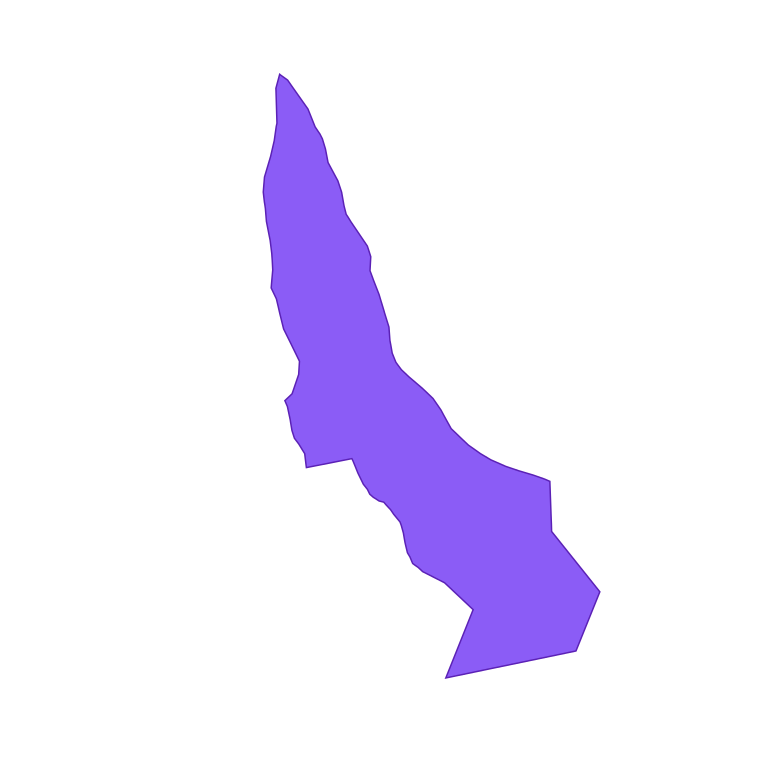 Au Tabor Hill, Anse-la-Raye, Saint Lucia, rotated 244°
{"feature_id": "8701671B64289292392873", "entity_name": "Au Tabor Hill", "entity_type": "district", "adm_level": 2, "iso_a3": "LCA", "parent_name": "Saint Lucia", "parent_adm1": "Anse-la-Raye", "projection": "natural_earth1", "projection_center": [-61.035, 13.945], "detail": "fine", "context": "isolated", "style": "filled", "palette": "violet", "viewbox_px": 768, "rotation_deg": 244, "n_neighbors": 0, "source": "geoboundaries", "source_scale": "gbopen_adm2", "svg_char_len": 1980}
<svg xmlns="http://www.w3.org/2000/svg" viewBox="0 0 768 768"><g transform="rotate(244 384 384)"><path d="M708.1,426.0L697.2,416.5L668.4,403.5L665.3,402.1L662.8,400.1L650.8,392.0L638.2,381.8L622.4,367.3L611.6,360.9L609.4,359.6L599.8,356.2L597.7,355.6L593.7,354.3L581.7,349.6L567.5,345.8L562.9,344.6L550.4,340.3L547.0,338.9L544.0,337.7L535.3,334.0L526.5,328.7L519.8,324.7L507.7,324.6L499.7,322.8L493.3,321.3L477.5,317.9L461.7,318.0L457.3,318.0L441.5,318.0L433.9,313.7L430.0,311.5L418.5,300.1L415.5,297.1L414.1,292.7L412.5,287.6L406.1,287.3L392.9,284.0L390.0,283.1L382.6,280.9L374.5,279.7L367.3,281.1L361.1,281.7L356.2,282.2L344.7,278.2L342.9,277.6L332.6,316.4L331.0,322.4L328.6,322.4L322.3,322.0L315.4,321.5L302.9,321.5L296.6,322.9L291.2,322.9L288.1,324.2L286.9,324.7L284.7,326.1L281.0,328.3L277.9,332.0L274.4,332.9L270.1,334.2L268.6,334.7L267.0,335.0L262.7,335.6L253.0,337.9L250.9,337.7L249.1,337.5L241.6,336.1L235.1,334.2L232.3,333.4L230.2,332.9L222.1,331.1L220.5,331.2L217.1,331.5L212.3,331.2L210.1,331.1L207.2,332.6L204.2,334.3L198.4,336.5L186.5,345.5L178.8,351.3L142.1,365.2L92.7,310.7L82.4,351.2L59.9,439.5L102.6,486.9L127.2,481.4L178.0,470.0L184.8,473.1L189.4,475.1L222.9,490.0L223.8,490.4L228.0,486.8L236.8,478.1L247.0,467.0L256.6,457.3L269.0,446.8L277.1,441.5L279.4,440.0L283.3,437.9L292.0,433.1L300.8,429.8L304.6,428.4L313.6,425.1L314.4,424.8L323.9,424.3L330.1,424.0L335.6,423.8L349.5,421.7L355.2,419.6L363.0,416.7L379.6,409.5L389.2,405.9L394.4,404.9L398.3,404.2L408.1,404.9L416.1,407.2L420.5,408.4L433.0,413.4L447.9,415.7L449.4,416.0L458.0,417.4L458.8,417.5L466.6,418.8L482.3,420.1L483.1,420.2L484.0,420.3L492.0,421.1L504.2,427.9L510.9,428.9L515.3,429.5L544.1,425.4L550.2,424.8L553.1,424.4L560.8,426.0L562.1,426.3L575.0,430.0L586.8,431.6L594.5,431.3L607.6,430.8L620.9,434.4L631.4,436.1L636.8,436.0L639.4,435.6L645.3,434.8L656.1,435.6L664.5,436.2L675.6,434.4L691.6,431.8L699.4,430.6L707.0,426.5L708.1,426.0Z" fill="#8b5cf6" stroke="#5b21b6" stroke-width="1.5"/></g></svg>